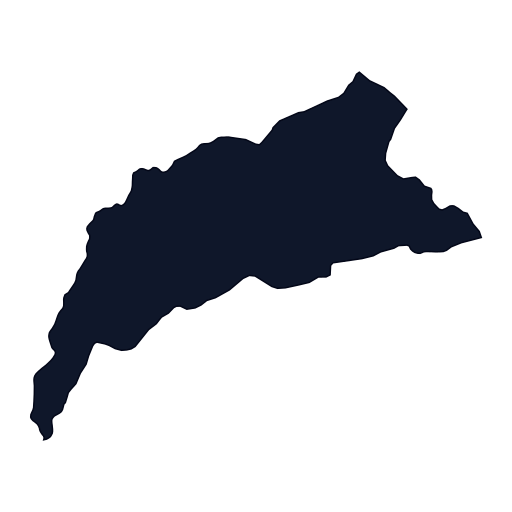 Ostuncalco, Quezaltenango, Guatemala
{"feature_id": "79465075B83673504677566", "entity_name": "Ostuncalco", "entity_type": "district", "adm_level": 2, "iso_a3": "GTM", "parent_name": "Guatemala", "parent_adm1": "Quezaltenango", "projection": "robinson", "projection_center": [-91.717, 14.862], "detail": "fine", "context": "isolated", "style": "filled", "palette": "ink", "viewbox_px": 512, "rotation_deg": 0, "n_neighbors": 0, "source": "geoboundaries", "source_scale": "gbopen_adm2", "svg_char_len": 3816}
<svg xmlns="http://www.w3.org/2000/svg" viewBox="0 0 512 512"><path d="M359.3,72.2L356.5,74.2L353.0,81.7L348.8,85.2L343.9,93.3L338.6,97.4L327.4,101.0L304.2,111.8L298.5,112.7L279.7,120.9L273.1,127.6L272.2,130.2L261.9,142.5L259.4,144.8L255.6,144.2L245.7,139.6L231.1,137.5L228.8,137.1L227.6,137.1L226.1,137.1L223.8,137.3L221.1,137.3L218.2,137.9L213.4,141.5L210.5,143.0L208.3,143.6L203.9,143.8L201.6,144.2L199.6,145.5L197.9,147.6L196.2,149.3L193.6,151.1L190.3,153.1L186.4,155.7L183.1,157.3L177.8,159.6L174.5,161.3L173.5,163.4L172.9,164.7L171.9,166.1L167.9,170.6L166.3,171.6L163.8,172.3L161.8,172.1L160.5,171.2L159.1,169.7L157.6,168.5L156.2,167.8L154.4,167.6L153.1,167.6L151.7,168.8L150.6,169.7L148.8,170.6L147.2,170.4L145.2,169.6L143.8,169.0L142.0,168.7L140.1,168.9L139.1,169.5L138.0,170.5L136.3,171.7L133.7,172.9L132.8,175.2L132.7,178.1L132.5,181.5L132.4,185.4L132.2,187.1L131.4,190.9L130.6,192.4L128.8,195.4L126.8,199.8L125.4,202.6L123.9,204.3L122.3,205.4L121.0,205.7L119.1,205.0L117.8,204.2L116.4,204.1L114.4,205.4L113.5,206.4L112.1,207.6L110.7,208.0L109.2,208.2L108.0,208.3L105.1,208.3L103.3,208.7L102.1,209.5L100.5,210.7L98.9,211.6L96.8,212.4L95.7,213.2L94.4,216.6L93.7,219.6L92.7,221.0L91.1,222.5L89.6,224.0L87.4,226.7L86.9,228.4L87.0,230.1L87.7,231.7L88.6,233.5L89.7,235.2L89.8,237.4L89.6,239.1L88.5,241.2L87.3,244.1L86.7,246.4L86.6,249.2L86.7,251.1L87.3,253.4L87.4,255.3L87.2,256.8L86.5,258.5L85.2,260.4L81.5,266.5L79.9,269.1L78.3,271.1L77.3,273.2L76.8,274.9L76.5,276.9L76.0,280.3L74.8,283.1L73.1,285.7L69.9,290.4L68.5,292.6L65.0,294.8L63.9,297.8L63.7,299.4L63.8,303.1L63.7,306.1L62.8,308.4L60.7,310.8L59.1,313.0L58.0,315.3L57.2,317.5L56.1,320.8L54.8,324.3L52.4,328.4L50.6,330.8L49.5,332.5L49.1,334.1L48.9,335.6L48.9,337.0L49.3,339.1L49.9,341.2L51.1,344.9L51.9,347.4L52.6,348.5L53.9,349.8L54.8,350.7L55.5,352.6L55.1,354.6L54.2,356.1L52.9,358.2L50.6,360.9L46.2,365.1L42.2,368.2L38.6,371.3L36.1,373.8L34.8,375.9L34.2,377.7L34.0,379.3L34.0,380.9L34.2,383.3L34.4,385.8L34.3,394.4L34.0,401.5L33.6,407.8L32.9,410.2L31.8,412.5L30.9,414.6L30.7,417.1L31.2,418.5L32.1,419.6L33.0,420.6L34.3,421.5L35.9,422.8L37.1,423.8L37.9,424.9L38.7,426.2L39.5,428.3L39.7,429.7L40.4,431.5L41.2,432.8L42.4,434.6L43.5,435.8L44.2,437.9L43.7,439.8L46.6,439.1L48.7,437.9L50.4,436.6L51.4,434.9L52.2,433.3L52.5,431.5L52.5,429.2L52.1,425.3L51.8,423.1L51.7,421.5L51.7,420.2L52.1,418.7L53.1,417.3L54.4,415.9L56.6,414.7L59.1,413.3L60.8,412.1L61.7,411.0L62.5,409.5L63.3,406.5L63.6,405.2L64.1,403.8L65.3,402.7L67.1,396.9L68.3,392.6L70.9,389.3L75.9,383.7L80.3,373.2L86.1,364.2L88.6,355.8L92.7,345.8L94.5,343.3L96.9,342.1L105.1,343.9L109.2,345.4L115.2,348.6L121.5,350.3L126.7,349.9L131.1,348.9L135.1,346.5L141.1,339.0L148.6,329.6L156.3,323.7L159.0,320.2L161.5,317.1L168.4,313.1L173.7,307.6L176.4,306.2L180.3,306.1L186.8,309.2L195.1,307.9L201.0,305.0L206.7,300.5L215.4,297.7L229.4,289.9L243.0,278.4L246.2,276.9L249.3,275.4L255.1,276.0L271.9,286.5L277.5,288.3L285.3,287.8L298.7,284.9L309.2,282.4L318.3,277.0L326.1,276.9L330.1,274.9L330.6,265.4L332.9,262.8L361.9,258.6L373.2,255.8L380.6,251.9L393.9,248.2L398.5,245.6L407.0,245.1L409.2,246.0L410.6,249.0L412.6,251.0L414.8,252.4L417.6,253.2L420.1,253.3L421.9,252.6L423.6,251.8L426.1,251.5L431.8,251.6L435.7,251.8L440.2,251.7L443.3,251.5L446.5,250.3L451.2,246.8L461.3,242.7L481.3,237.5L479.2,231.4L473.0,224.0L467.2,213.3L463.0,212.2L458.3,208.5L454.0,206.0L452.3,205.8L450.0,206.0L445.8,208.5L442.1,210.0L439.1,209.2L437.1,207.2L433.7,203.5L431.6,199.7L431.5,195.1L431.9,191.8L431.6,189.7L430.8,188.4L424.3,186.2L419.3,179.9L415.5,177.2L411.7,177.6L403.4,179.0L397.2,175.7L387.6,165.8L385.1,160.4L385.6,153.2L388.9,141.5L390.6,139.3L394.4,128.3L400.3,119.9L404.2,113.5L406.1,110.4L406.9,109.2L394.4,96.2L389.8,92.6L384.1,87.7L369.4,80.7L359.3,72.2Z" fill="#0f172a" stroke="#020617" stroke-width="1.5"/></svg>